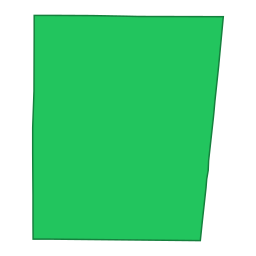 the district of Itawamba, Mississippi, United States of America
{"feature_id": "52423323B2646485621413", "entity_name": "Itawamba", "entity_type": "district", "adm_level": 2, "iso_a3": "USA", "parent_name": "United States of America", "parent_adm1": "Mississippi", "projection": "orthographic", "projection_center": [-88.339, 34.276], "detail": "fine", "context": "isolated", "style": "filled", "palette": "green", "viewbox_px": 256, "rotation_deg": 0, "n_neighbors": 0, "source": "geoboundaries", "source_scale": "gbopen_adm2", "svg_char_len": 434}
<svg xmlns="http://www.w3.org/2000/svg" viewBox="0 0 256 256"><path d="M138.5,16.5L125.2,16.2L92.0,15.6L51.4,15.4L34.2,15.4L34.2,34.9L34.0,91.1L32.7,127.6L32.7,153.0L33.0,195.4L33.0,221.6L33.1,239.1L49.1,239.1L200.3,240.6L202.1,223.2L206.0,187.8L206.7,179.1L208.2,170.3L208.6,160.7L213.3,118.3L213.4,117.4L213.9,112.4L214.9,101.2L218.7,65.6L218.8,64.3L223.3,16.7L138.5,16.5Z" fill="#22c55e" stroke="#15803d" stroke-width="1.5"/></svg>